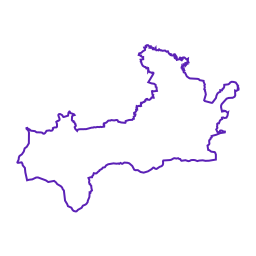 outline of Wang Wiset, Trang, Thailand, rotated 269°
{"feature_id": "78962969B96586587830005", "entity_name": "Wang Wiset", "entity_type": "district", "adm_level": 2, "iso_a3": "THA", "parent_name": "Thailand", "parent_adm1": "Trang", "projection": "orthographic", "projection_center": [99.462, 7.753], "detail": "fine", "context": "isolated", "style": "outline", "palette": "violet", "viewbox_px": 256, "rotation_deg": 269, "n_neighbors": 0, "source": "geoboundaries", "source_scale": "gbopen_adm2", "svg_char_len": 5911}
<svg xmlns="http://www.w3.org/2000/svg" viewBox="0 0 256 256"><g transform="rotate(269 128 128)"><path d="M95.6,16.8L95.2,17.0L95.1,17.6L95.5,21.0L94.2,21.8L92.5,22.1L89.9,24.2L85.3,24.6L77.5,26.2L78.0,28.2L78.3,31.4L80.1,35.3L80.1,37.2L77.1,44.9L75.4,47.3L76.4,53.2L75.0,54.9L73.1,56.3L71.0,59.8L69.6,61.1L68.1,61.6L66.6,62.8L56.5,63.8L52.9,65.9L50.9,66.6L49.3,70.0L47.3,71.0L46.1,72.1L45.5,74.0L45.6,75.1L47.1,76.6L49.0,80.2L51.1,81.5L52.2,84.2L53.1,85.3L54.7,86.4L55.8,86.5L59.7,88.2L64.2,88.5L63.9,89.3L65.2,89.6L66.2,90.9L68.5,90.4L70.9,90.2L71.2,89.7L72.5,89.3L72.6,88.6L74.5,88.1L76.4,88.5L78.7,87.6L79.4,89.6L79.4,91.2L80.6,91.5L81.5,92.4L83.4,93.0L83.1,95.1L83.3,95.8L85.1,97.7L85.5,98.5L86.3,98.8L87.6,101.2L88.8,102.1L89.2,104.2L91.0,105.5L92.1,107.6L92.9,112.9L92.5,115.9L92.7,117.9L92.3,118.5L93.2,119.9L92.4,121.1L92.3,121.7L93.5,123.7L93.2,127.0L92.6,128.7L90.0,131.6L86.2,133.5L85.7,134.7L85.7,137.1L83.8,139.8L83.1,142.9L84.3,147.2L86.4,150.8L88.0,152.6L87.9,153.2L86.8,154.6L86.6,155.9L88.6,158.9L89.3,161.0L90.6,162.2L92.1,162.5L94.2,162.4L94.9,162.8L95.2,169.2L95.5,170.7L96.8,173.0L97.0,174.0L96.6,175.8L96.9,177.7L96.2,178.6L96.0,179.7L94.7,180.4L94.3,181.0L94.8,184.9L93.8,187.7L94.0,189.0L94.8,190.6L94.9,192.7L94.7,194.4L93.7,196.8L94.2,198.6L94.4,202.2L93.8,204.9L93.9,208.5L94.9,215.3L99.9,215.4L101.6,214.8L102.4,214.2L102.9,210.8L104.4,208.9L104.7,207.8L109.1,207.2L110.0,208.6L110.8,209.1L113.7,208.9L114.7,209.3L115.3,210.2L116.4,210.4L117.1,211.5L118.5,211.4L119.7,216.1L121.3,220.2L121.9,224.7L122.7,224.8L122.9,223.3L123.8,221.8L123.9,220.6L123.7,220.0L122.6,219.8L122.1,217.8L122.5,217.3L125.0,216.2L126.6,217.4L127.7,217.0L128.6,217.3L130.5,217.2L131.1,217.8L131.1,219.0L133.7,220.0L134.7,221.0L135.3,222.3L136.7,222.1L136.9,223.3L136.3,224.5L136.6,226.6L138.6,227.7L141.8,228.3L141.5,227.9L143.3,225.8L143.2,224.7L143.7,224.2L143.6,223.7L143.3,223.8L143.0,223.5L142.8,222.3L147.2,221.4L148.8,221.5L150.2,222.1L155.6,227.1L156.3,229.1L156.4,233.2L157.4,235.1L158.8,235.8L163.6,235.7L163.2,236.9L164.4,239.2L164.8,239.2L165.2,238.6L165.6,239.0L166.1,238.5L167.0,238.5L167.1,238.8L168.0,238.3L168.4,238.7L171.6,236.5L172.2,234.5L172.4,232.5L171.8,231.1L170.5,230.0L169.9,229.0L169.5,225.0L167.4,224.9L165.7,224.0L165.6,223.3L164.0,222.6L164.2,220.9L162.6,220.9L161.9,219.2L161.0,218.1L158.8,217.0L156.5,216.5L151.8,212.8L151.7,212.0L153.6,205.3L154.4,204.6L160.1,206.4L162.6,206.0L164.0,205.5L164.6,205.7L165.5,204.9L167.3,205.5L169.3,205.1L170.0,205.6L172.6,204.5L173.8,204.4L174.6,200.4L175.6,199.6L175.9,198.5L176.5,190.8L177.0,189.8L178.6,187.7L182.3,186.0L182.7,184.7L184.2,184.4L184.5,184.9L184.8,184.4L185.7,185.0L186.6,184.7L186.0,183.4L187.0,183.2L187.3,182.6L188.1,182.8L187.9,183.4L189.2,183.4L188.7,183.9L189.3,184.6L189.6,184.3L190.0,184.7L190.7,184.7L190.2,186.1L189.2,186.4L190.4,187.5L191.4,186.3L191.9,186.4L191.9,186.7L191.5,187.0L191.5,188.0L192.0,187.5L192.5,187.8L192.6,189.6L194.2,189.0L196.3,189.2L195.5,187.8L197.5,185.7L197.6,184.3L197.2,183.9L196.2,184.0L195.8,183.7L196.9,183.0L197.5,181.3L197.1,181.0L195.4,182.4L195.1,182.4L196.0,180.9L195.3,178.1L197.5,178.0L197.5,177.4L196.6,176.8L197.1,176.0L198.6,175.6L198.4,176.8L198.9,177.4L200.9,176.1L200.9,175.4L200.0,174.5L199.7,173.5L200.2,171.7L200.5,171.5L201.1,172.0L201.6,170.3L204.0,169.2L203.6,167.9L204.8,166.4L204.6,163.6L205.1,162.9L205.0,162.0L206.1,160.5L205.1,159.9L205.4,159.0L205.2,157.7L206.0,157.1L207.3,157.0L206.1,156.3L206.3,154.4L207.5,154.7L207.3,153.7L208.2,153.2L207.7,152.1L207.9,150.9L208.2,151.0L208.7,152.0L209.3,152.1L209.3,150.6L210.5,149.4L210.4,148.1L209.9,147.3L209.1,147.8L208.6,147.7L208.2,145.5L207.9,145.6L207.5,146.6L205.6,146.3L204.6,144.4L203.0,142.6L202.4,140.5L200.8,140.0L200.3,142.1L199.9,141.9L199.6,142.3L198.5,143.9L198.6,144.4L196.5,144.4L196.1,141.8L194.7,142.3L194.1,141.9L193.2,142.6L192.5,142.6L190.0,143.8L188.8,145.6L188.7,146.4L187.9,147.0L188.0,147.7L187.3,147.7L187.5,149.2L186.2,149.4L185.5,149.1L183.9,149.1L184.4,149.5L184.4,150.0L183.4,150.8L183.0,152.4L182.6,152.9L183.0,153.4L182.8,154.3L182.1,154.4L180.9,153.8L173.4,149.1L172.2,152.3L171.8,154.8L170.6,156.4L168.7,156.4L168.1,157.3L166.1,157.3L164.6,157.6L164.2,154.2L164.6,153.1L164.4,152.6L160.8,153.1L160.6,153.8L159.0,153.4L158.3,154.2L157.8,154.2L158.1,152.1L156.8,151.3L155.8,150.0L156.0,147.9L156.7,147.7L156.7,146.9L156.1,146.7L155.8,145.9L154.7,145.8L154.6,145.3L154.0,145.1L153.6,144.3L153.8,143.9L152.8,142.6L153.1,141.6L152.7,141.3L151.4,141.5L151.2,141.2L149.8,141.5L149.6,141.0L149.9,138.8L149.4,138.1L149.8,137.1L148.3,136.8L148.3,137.1L147.1,137.5L146.1,137.5L146.0,136.4L144.7,136.5L143.7,135.6L143.1,134.4L141.9,134.4L141.5,135.7L140.0,135.3L139.3,133.9L137.1,134.0L137.0,133.1L136.1,132.5L136.0,129.2L135.0,125.8L133.4,125.6L133.2,125.3L133.6,121.6L133.9,120.3L134.3,119.8L134.3,118.5L136.0,117.6L136.2,116.5L135.8,114.3L136.2,111.4L135.7,110.4L135.8,109.1L135.6,108.3L133.8,106.5L133.0,103.9L132.1,103.7L131.4,103.8L131.3,104.3L129.8,104.2L129.4,101.3L129.7,100.3L129.4,99.6L129.6,97.2L129.2,95.8L129.4,94.0L129.0,93.1L129.0,91.6L127.6,86.1L127.6,79.2L127.1,77.7L126.0,77.1L128.0,75.3L129.8,74.7L131.1,75.9L132.8,75.5L132.8,75.2L134.7,74.5L134.9,73.7L135.8,73.7L136.2,72.5L137.0,72.0L140.6,72.3L141.3,72.9L141.9,74.8L142.7,74.2L144.0,70.6L145.4,70.0L145.5,69.7L144.4,68.8L141.4,68.3L140.1,63.9L140.3,63.4L142.0,62.4L143.1,60.5L143.1,59.3L142.5,58.7L141.7,58.6L138.4,59.7L137.4,59.7L136.4,58.6L136.3,57.6L135.4,56.4L133.1,57.1L130.5,57.0L129.9,56.4L129.8,54.3L129.2,52.9L127.9,52.9L126.9,52.2L126.6,51.1L126.6,50.3L127.0,49.4L126.6,46.5L124.5,45.1L123.8,44.1L123.8,43.2L124.7,42.3L125.1,40.9L125.3,36.5L126.5,34.8L127.0,31.0L128.4,29.4L129.0,27.9L129.9,27.3L129.7,26.5L129.0,26.5L127.5,28.0L126.5,28.6L125.1,28.9L114.4,28.6L111.0,26.5L109.4,24.3L106.3,23.4L103.5,21.4L102.0,19.1L100.6,18.4L98.3,18.1L95.6,16.8Z" fill="none" stroke="#5b21b6" stroke-width="2"/></g></svg>